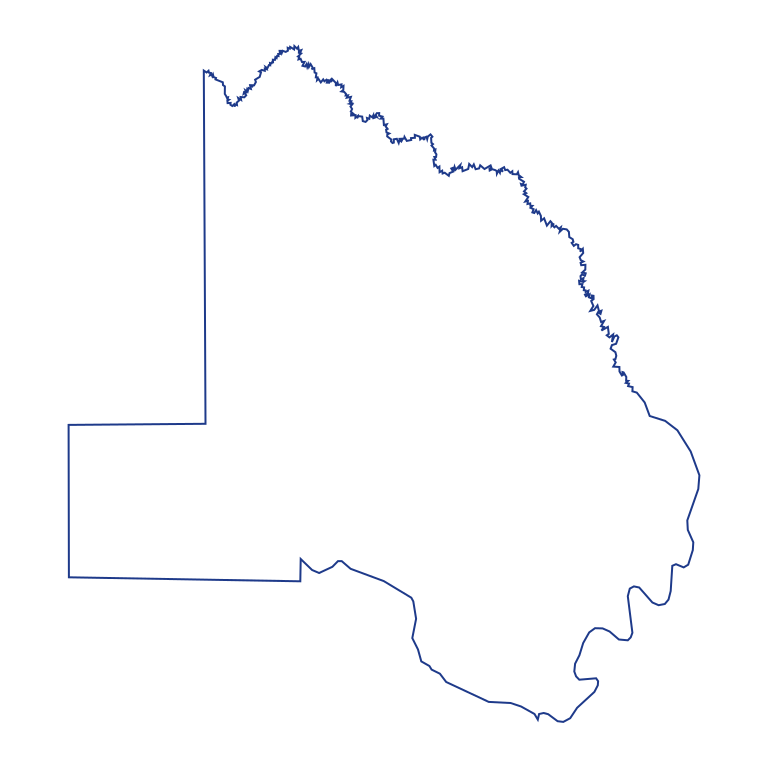 Pilcomayo, Formosa, Argentina
{"feature_id": "61730980B52467636009888", "entity_name": "Pilcomayo", "entity_type": "district", "adm_level": 2, "iso_a3": "ARG", "parent_name": "Argentina", "parent_adm1": "Formosa", "projection": "equal_earth", "projection_center": [-58.184, -25.344], "detail": "fine", "context": "isolated", "style": "outline", "palette": "blue", "viewbox_px": 768, "rotation_deg": 0, "n_neighbors": 0, "source": "geoboundaries", "source_scale": "gbopen_adm2", "svg_char_len": 5980}
<svg xmlns="http://www.w3.org/2000/svg" viewBox="0 0 768 768"><path d="M68.9,577.3L300.3,581.3L300.7,559.0L312.1,570.0L319.1,573.0L332.4,566.8L338.0,561.1L341.7,561.1L350.6,568.8L383.8,581.1L411.3,597.7L413.3,601.4L416.1,618.8L412.3,638.1L418.0,649.5L421.3,661.4L429.4,666.0L431.6,669.6L439.9,673.7L446.2,682.0L488.7,701.9L510.6,703.0L521.1,706.5L534.5,714.0L537.8,719.6L539.1,714.0L543.6,713.0L548.2,714.2L557.6,721.2L563.3,721.9L570.2,718.2L577.1,707.8L594.4,691.9L597.8,685.3L598.1,681.2L596.1,678.3L579.3,679.7L576.1,676.4L574.3,671.5L575.1,663.7L579.4,655.3L583.2,643.0L589.2,632.4L595.0,628.2L602.6,628.4L609.6,631.5L618.9,639.5L627.8,640.3L630.7,637.4L632.4,632.8L627.8,596.2L629.8,588.6L633.9,586.4L639.2,587.5L652.4,602.5L658.6,605.2L664.8,604.0L668.5,599.6L670.7,591.0L672.3,565.8L676.0,564.2L683.7,567.4L688.2,564.7L692.8,550.1L693.3,542.3L687.8,529.9L687.3,520.4L698.3,489.0L699.4,475.3L690.7,451.5L677.4,430.3L665.2,420.9L649.7,416.0L644.7,402.5L636.8,392.6L632.4,391.3L632.6,387.1L628.1,386.1L629.0,383.6L625.9,382.9L628.1,380.9L626.1,380.7L626.3,377.0L623.6,372.4L622.6,372.1L623.1,374.8L621.9,375.5L619.5,371.5L619.4,367.0L613.3,366.6L615.7,362.4L613.9,359.5L615.4,359.1L616.3,355.8L615.4,352.2L610.6,348.7L611.9,345.1L616.1,343.8L618.4,337.3L616.8,335.3L614.4,336.5L611.9,342.0L613.1,334.5L609.4,337.4L606.8,335.3L608.8,333.9L607.9,326.9L601.5,330.5L603.9,326.9L601.0,326.2L604.1,320.9L601.1,322.0L599.7,317.5L596.9,314.3L598.0,312.3L600.5,313.9L601.4,310.7L599.1,311.5L597.5,305.4L594.2,309.9L590.3,310.9L593.4,306.0L591.2,301.0L593.6,299.1L593.5,295.8L591.7,295.5L592.0,298.5L588.9,297.3L589.5,294.3L585.9,296.3L585.0,294.7L587.9,293.5L588.4,290.7L585.7,292.0L585.6,290.4L583.8,290.2L584.1,287.4L581.7,287.0L582.4,284.1L579.4,284.2L579.1,280.8L583.3,282.0L584.5,281.2L582.9,281.0L583.5,278.1L580.9,279.5L580.5,276.1L581.9,274.5L585.0,275.6L585.7,273.3L582.2,272.5L585.3,269.6L585.4,264.8L581.2,265.2L580.6,262.8L583.4,261.5L580.8,260.2L579.6,257.2L583.2,253.0L582.8,248.8L580.2,251.7L580.9,249.1L578.2,248.3L578.2,244.9L576.0,244.2L573.8,245.9L571.7,242.9L573.4,241.8L572.7,239.2L569.3,237.1L568.9,231.9L566.7,229.4L562.9,228.8L559.7,231.8L560.8,227.3L558.9,228.8L556.1,225.9L554.4,227.3L553.1,225.9L553.6,223.4L551.6,225.9L551.7,222.6L550.4,221.2L546.9,225.6L544.1,218.3L541.1,220.7L540.9,215.9L538.9,211.7L537.7,213.4L536.1,210.1L534.3,213.0L532.4,212.4L533.6,209.2L530.5,207.8L532.3,205.9L530.4,205.8L530.2,203.4L527.5,204.0L527.9,200.9L525.3,201.5L528.3,197.0L523.9,194.2L526.2,193.1L524.0,191.4L526.5,188.6L525.2,187.4L525.7,184.8L521.5,185.7L521.0,184.0L522.6,184.6L524.0,181.8L519.1,178.8L518.9,177.3L521.3,177.1L518.7,175.1L518.0,172.2L516.8,174.3L512.5,174.1L512.3,171.3L510.3,172.8L507.5,169.7L505.2,170.1L504.1,167.2L501.4,168.7L502.8,171.7L500.4,169.8L499.9,172.8L498.5,170.5L496.9,173.7L496.7,171.0L495.2,170.1L492.3,169.2L489.7,170.5L489.5,168.6L491.4,167.6L490.6,165.4L484.5,169.0L480.2,165.3L479.1,168.4L475.6,169.2L473.8,164.4L472.2,167.1L469.2,164.0L468.2,169.0L462.6,171.2L462.1,167.2L459.5,168.2L460.3,165.0L455.6,169.7L454.6,166.9L454.1,169.3L453.0,167.8L451.3,168.5L453.2,171.6L449.5,173.1L448.8,175.8L444.7,172.7L442.6,173.5L442.2,170.7L439.6,172.2L439.4,166.6L437.6,167.9L435.7,164.8L434.3,166.0L433.4,159.7L435.6,159.7L434.4,157.0L436.1,156.9L436.4,154.3L435.1,152.4L435.4,149.6L434.0,150.3L434.2,148.6L431.5,145.5L433.0,144.1L431.4,142.8L431.1,137.9L432.4,136.7L430.5,134.4L427.8,136.6L427.2,139.1L426.5,136.7L425.0,137.3L424.1,140.0L423.9,136.6L423.3,138.9L422.0,137.8L420.2,139.4L419.8,136.7L414.8,134.9L414.9,137.8L411.0,138.1L411.2,140.0L406.8,140.9L404.5,136.9L404.1,138.6L400.7,138.8L402.2,139.8L401.3,141.5L399.5,140.0L398.7,143.0L396.8,138.8L393.8,139.3L393.8,142.6L392.5,143.0L391.0,141.4L391.3,139.5L387.2,136.4L387.3,134.5L389.2,133.5L386.5,132.4L386.1,129.7L387.6,128.9L385.6,126.4L386.8,124.3L383.9,125.0L383.4,118.6L380.7,118.6L382.4,116.6L379.1,115.7L379.2,113.1L376.8,113.2L375.7,114.9L376.8,116.9L374.6,115.7L375.1,117.5L373.5,118.1L373.3,115.3L372.3,117.3L369.8,115.6L369.3,118.8L367.0,118.0L367.4,120.1L365.6,121.9L362.8,121.1L362.2,116.6L358.4,116.1L357.1,118.3L357.6,116.1L355.4,117.8L355.5,115.1L351.1,115.5L351.2,113.8L353.0,113.5L350.8,111.6L352.1,109.0L350.5,106.5L352.2,104.4L349.8,103.8L351.7,103.1L350.3,102.5L351.3,101.2L349.5,100.8L350.9,96.9L346.8,97.7L348.0,95.3L345.6,95.5L346.0,93.9L344.2,91.9L341.5,91.4L343.3,90.0L343.5,85.9L341.2,87.2L341.5,84.4L338.2,85.0L337.5,82.4L335.8,86.1L335.9,83.0L331.8,78.7L330.6,79.8L332.4,80.3L330.8,81.6L329.1,80.6L329.0,82.7L326.8,82.6L327.6,80.3L326.6,79.6L324.4,81.3L323.2,79.4L320.8,82.4L318.4,78.8L317.1,80.1L317.5,77.3L315.8,77.3L316.4,73.3L314.6,72.5L314.3,68.2L311.5,69.2L312.9,68.0L310.6,64.1L309.0,66.9L308.5,64.2L307.3,67.1L306.6,64.0L305.1,66.5L302.5,65.8L304.5,61.9L302.0,62.0L300.6,58.8L298.5,59.4L299.2,57.0L298.0,56.5L301.1,53.5L298.1,52.6L300.4,52.2L301.3,50.1L298.9,50.9L298.2,47.0L297.0,48.6L294.4,46.1L294.1,49.4L290.1,46.9L289.8,48.7L287.7,47.8L287.9,50.7L285.7,51.9L282.7,50.8L281.8,53.0L281.2,50.9L279.6,50.9L280.0,53.9L278.2,54.0L278.5,56.1L277.1,55.9L276.6,58.1L275.4,57.2L274.9,59.9L272.9,59.7L273.1,63.2L272.3,61.8L271.5,63.4L270.0,63.0L270.2,65.3L268.9,65.1L267.4,68.2L265.7,67.1L266.6,69.2L264.8,68.6L264.8,70.8L261.8,69.9L259.2,71.4L261.0,72.3L259.7,76.9L255.1,79.7L255.9,82.0L254.1,85.3L251.4,85.2L253.1,86.8L250.2,85.9L250.9,88.9L248.5,88.0L247.8,90.9L247.1,89.6L246.7,91.4L245.4,90.4L246.0,92.3L244.1,92.0L243.7,93.7L244.7,93.0L246.2,95.3L244.3,97.3L240.6,97.0L241.1,99.9L238.2,98.0L239.0,100.6L236.7,102.6L237.0,105.1L235.0,104.3L234.8,106.7L234.1,104.3L232.3,106.0L230.4,104.7L230.6,102.9L227.6,103.1L227.4,100.8L228.8,99.8L227.5,99.6L228.0,97.4L226.1,98.1L227.0,97.5L224.8,93.9L224.9,86.4L223.0,85.1L222.8,82.3L215.5,79.4L216.0,78.0L213.6,77.1L213.0,74.6L212.3,76.2L211.6,74.5L210.0,75.3L210.9,73.0L208.9,72.6L208.5,70.8L206.6,72.5L203.8,70.6L205.5,423.8L68.6,424.9L68.9,577.3Z" fill="none" stroke="#1e3a8a" stroke-width="2"/></svg>